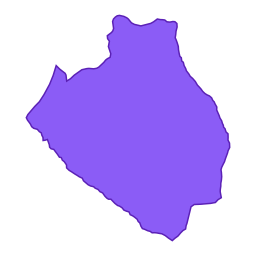 the district of Icaraíma, Paraná, Brazil
{"feature_id": "56859067B39036431540148", "entity_name": "Icaraíma", "entity_type": "district", "adm_level": 2, "iso_a3": "BRA", "parent_name": "Brazil", "parent_adm1": "Paraná", "projection": "mercator", "projection_center": [-53.582, -23.373], "detail": "fine", "context": "isolated", "style": "filled", "palette": "violet", "viewbox_px": 256, "rotation_deg": 0, "n_neighbors": 0, "source": "geoboundaries", "source_scale": "gbopen_adm2", "svg_char_len": 2421}
<svg xmlns="http://www.w3.org/2000/svg" viewBox="0 0 256 256"><path d="M157.3,19.0L153.6,21.8L150.7,23.4L140.9,25.9L134.4,24.4L131.4,22.8L128.3,19.0L126.8,17.8L123.9,16.4L119.5,15.4L117.2,15.8L115.3,17.1L113.5,19.0L112.6,21.5L113.6,28.5L112.8,30.9L111.5,32.5L107.3,35.7L107.6,38.7L109.4,41.2L108.4,46.6L110.8,53.8L110.1,57.3L107.4,58.7L105.6,60.1L103.9,62.3L98.7,67.2L96.6,68.3L93.7,68.8L88.9,68.4L86.8,68.6L81.9,69.7L74.3,75.1L70.5,78.7L66.7,81.1L66.0,75.1L65.1,73.3L59.7,69.1L56.2,65.6L53.2,75.4L49.6,84.3L44.0,94.6L39.4,101.7L34.8,106.4L27.9,114.5L26.3,117.7L27.5,120.1L30.3,123.9L31.7,126.7L33.7,128.3L37.3,129.3L39.4,131.7L41.3,132.9L41.8,135.1L43.0,137.5L43.1,140.5L45.2,140.2L47.4,139.5L49.3,144.7L49.6,147.2L51.1,148.8L53.8,149.4L55.4,151.6L57.4,154.2L59.4,157.2L61.3,157.6L62.3,160.1L64.3,161.7L66.5,164.9L66.6,167.9L69.1,170.3L71.4,171.7L74.7,173.9L77.2,175.4L79.3,176.8L82.3,178.2L83.5,180.8L88.2,184.8L90.6,186.0L93.6,186.7L95.2,188.2L98.0,189.4L100.0,191.7L102.6,192.9L105.0,196.3L106.9,198.2L108.5,199.2L110.9,199.2L112.8,201.2L114.8,203.3L117.6,205.5L119.5,206.1L122.1,207.8L123.9,210.1L126.5,211.2L129.0,211.9L130.2,214.7L132.6,215.8L134.4,217.0L137.2,219.3L138.2,221.5L139.8,222.9L141.0,226.3L142.4,228.6L144.6,229.3L147.6,230.7L150.2,231.4L152.1,232.8L154.6,232.7L156.7,232.9L159.4,233.4L161.9,233.8L165.3,235.6L168.5,238.1L172.3,240.6L175.0,238.2L177.9,236.1L179.2,234.6L180.6,232.9L183.0,230.5L185.6,229.0L186.1,225.6L186.9,223.5L191.0,206.8L194.2,204.5L200.8,204.2L210.5,203.4L215.4,202.5L218.0,199.7L221.3,197.7L220.6,193.9L220.2,191.7L220.3,189.5L220.8,186.1L220.8,183.4L221.4,180.1L221.7,176.7L221.4,172.4L221.0,169.8L221.7,167.3L223.1,164.4L224.5,161.7L225.4,158.8L226.4,156.1L227.5,153.1L228.1,150.7L229.7,147.5L229.5,143.1L228.0,140.1L228.1,137.2L228.0,133.8L226.0,131.9L225.0,128.7L223.6,127.2L223.3,125.2L222.4,123.4L221.7,120.9L219.9,117.9L219.2,115.7L217.8,112.5L216.7,110.0L216.8,107.0L215.0,103.8L214.2,101.9L212.8,100.4L211.6,97.8L209.4,95.9L207.1,94.9L204.9,93.5L202.7,91.4L201.0,89.0L199.4,87.2L197.4,85.1L195.3,81.5L192.7,78.5L190.2,76.3L188.8,73.9L186.4,70.8L185.7,68.6L184.1,65.6L183.3,62.3L181.7,60.9L181.3,57.7L179.9,56.4L179.2,53.6L178.5,49.7L178.3,46.4L177.2,42.8L176.2,40.0L175.2,37.8L175.7,34.8L176.0,31.4L177.1,27.0L176.9,23.5L174.9,21.7L172.9,21.5L169.9,22.1L166.9,21.8L164.8,20.0L162.6,19.7L160.3,19.6L157.3,19.0Z" fill="#8b5cf6" stroke="#5b21b6" stroke-width="1.5"/></svg>